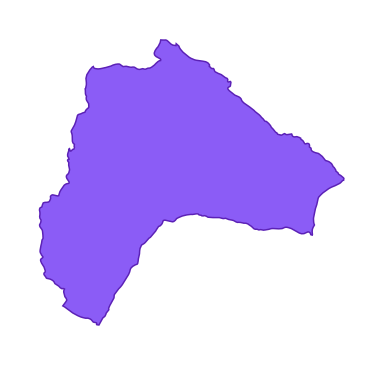 Confines, Santander, Colombia, rotated 189°
{"feature_id": "7082276B80163304219298", "entity_name": "Confines", "entity_type": "district", "adm_level": 2, "iso_a3": "COL", "parent_name": "Colombia", "parent_adm1": "Santander", "projection": "albers", "projection_center": [-73.237, 6.361], "detail": "fine", "context": "isolated", "style": "filled", "palette": "violet", "viewbox_px": 384, "rotation_deg": 189, "n_neighbors": 0, "source": "geoboundaries", "source_scale": "gbopen_adm2", "svg_char_len": 6024}
<svg xmlns="http://www.w3.org/2000/svg" viewBox="0 0 384 384"><g transform="rotate(189 192 192)"><path d="M313.7,277.1L313.4,276.4L312.6,272.3L312.1,271.2L311.4,270.5L311.2,270.0L311.2,268.3L310.9,267.0L310.4,266.0L307.9,263.1L307.2,259.7L307.4,259.1L309.3,256.8L309.9,255.4L310.3,254.0L312.2,253.1L314.1,251.8L315.9,251.0L316.7,250.4L317.1,249.6L317.8,243.2L318.5,239.8L320.8,233.5L320.8,233.0L320.6,232.3L319.8,230.9L319.1,228.9L318.1,223.5L317.5,222.3L316.8,221.4L315.6,220.7L315.6,218.7L315.1,217.9L315.2,216.5L315.5,215.7L316.4,215.5L317.4,214.2L318.0,213.5L318.5,213.4L318.8,213.5L319.6,215.4L319.9,215.7L320.1,215.5L320.4,214.7L320.2,213.3L320.6,211.1L320.7,209.5L320.4,207.9L319.3,206.6L318.7,205.4L318.6,205.0L318.8,204.9L319.5,204.8L319.9,204.0L319.5,203.1L318.3,201.8L318.0,199.2L316.6,195.5L316.4,194.6L316.7,191.6L317.3,190.3L317.9,189.7L318.5,188.6L318.5,187.3L317.8,185.9L315.1,182.9L314.8,182.0L314.9,181.5L315.2,181.2L316.9,180.6L318.1,179.9L319.3,178.7L321.9,173.3L322.6,171.3L323.1,167.5L324.0,167.1L328.9,167.4L329.6,167.3L330.4,166.7L331.1,165.7L331.1,165.2L330.6,163.5L331.1,161.2L331.6,160.2L332.1,159.7L333.8,159.1L335.8,158.7L337.2,158.0L337.7,156.1L338.0,153.7L339.5,152.7L339.9,151.4L339.8,150.2L339.1,148.4L338.7,146.4L338.6,143.8L338.1,142.3L336.9,140.9L336.6,139.9L336.7,138.1L337.4,135.7L337.3,135.2L337.0,134.4L336.4,133.5L334.3,131.4L333.6,130.2L332.5,126.1L332.1,124.0L331.9,123.2L332.0,122.3L332.4,121.7L332.6,120.9L332.6,117.7L332.8,115.5L332.9,111.2L332.8,109.8L332.6,109.0L332.1,108.0L331.5,107.4L331.0,106.5L329.1,104.6L329.1,104.1L329.3,103.7L330.6,102.3L330.9,101.6L330.9,101.0L330.6,100.1L329.5,98.3L326.4,94.7L324.5,91.0L324.7,89.8L325.4,88.9L325.5,88.4L325.3,87.4L325.0,87.0L322.9,84.9L322.6,84.4L321.9,84.0L319.9,83.9L318.7,83.8L317.5,83.5L315.7,82.8L314.4,81.9L313.1,80.1L308.9,78.2L307.1,76.8L305.6,76.2L305.2,76.1L304.4,76.5L303.3,76.5L302.7,76.2L303.0,75.5L303.2,74.0L302.9,72.7L301.1,68.6L300.3,68.0L299.0,66.3L298.8,65.4L299.4,63.9L301.8,59.3L299.7,58.5L290.9,53.9L285.5,52.0L282.4,51.2L280.2,50.9L277.5,50.7L275.1,51.1L273.8,50.9L272.3,50.5L271.3,49.9L269.2,48.1L268.4,48.0L266.1,47.9L265.6,47.5L265.5,46.2L265.2,46.0L263.1,46.1L260.4,53.6L258.6,55.6L258.0,57.4L257.8,58.9L255.7,62.7L256.0,63.3L256.1,64.4L255.4,67.1L252.8,74.3L252.5,75.3L252.7,77.7L252.6,78.6L249.3,84.9L247.8,87.0L246.4,89.5L241.8,100.5L241.1,103.2L240.9,105.4L240.7,106.5L240.3,107.5L238.8,109.4L236.7,111.1L234.8,112.2L234.5,112.8L234.4,115.0L234.5,117.6L234.2,122.6L234.5,125.7L234.5,128.1L233.5,131.8L232.7,132.4L231.2,133.7L230.3,134.8L227.3,139.6L226.0,140.8L221.8,147.7L221.3,149.1L219.7,152.6L219.1,153.1L218.4,153.4L217.7,154.2L216.9,155.4L216.4,156.7L216.1,158.6L215.8,159.4L214.4,160.0L206.6,159.5L205.4,160.0L204.1,161.4L203.0,163.4L201.2,164.7L197.8,166.8L193.5,168.6L189.6,169.7L187.9,169.9L184.3,171.1L182.9,171.3L182.1,171.0L181.5,170.5L179.1,170.4L178.6,170.0L177.2,170.1L176.4,170.5L175.6,170.6L174.0,170.3L172.3,169.6L167.4,170.0L160.9,171.0L157.1,170.6L154.6,171.3L151.6,170.6L148.1,170.5L146.4,170.3L143.7,169.3L142.2,169.1L141.1,169.4L139.0,169.5L135.9,169.3L134.1,169.6L132.1,169.3L130.2,168.4L128.0,167.4L125.1,165.4L123.7,165.1L122.0,165.4L120.0,165.0L118.3,165.6L115.4,165.5L113.7,166.0L110.2,167.2L108.1,168.2L106.4,168.6L100.5,169.2L97.2,170.0L94.9,171.5L93.8,171.9L92.8,172.0L91.1,171.9L88.1,171.4L79.7,168.3L77.3,167.9L74.9,168.4L71.5,170.6L70.6,170.8L69.2,170.4L67.9,168.4L66.5,168.2L66.4,168.8L67.1,171.6L67.3,173.8L66.9,175.9L65.9,178.6L66.5,179.6L67.1,181.2L67.8,184.4L67.9,185.7L67.5,194.9L66.8,199.0L66.4,205.6L66.0,206.9L64.3,209.4L62.7,211.5L57.4,216.8L55.0,218.6L51.7,220.6L47.5,223.6L46.8,224.3L46.2,225.1L45.0,226.9L44.4,227.3L44.1,227.3L44.1,229.2L44.6,229.7L47.7,231.6L49.6,232.3L50.1,232.7L50.9,233.9L53.1,235.1L53.3,235.9L53.8,236.6L55.4,238.4L56.8,239.3L57.1,240.0L58.7,241.9L61.1,243.2L62.4,243.6L65.1,244.0L68.9,247.5L72.2,249.4L73.4,249.9L76.1,250.1L78.4,250.6L79.6,251.1L80.4,251.7L80.9,252.4L81.3,253.9L83.1,254.9L83.2,256.4L83.6,257.4L84.3,258.0L85.2,258.1L86.0,258.0L87.2,257.3L88.0,257.3L88.5,257.6L88.9,258.2L90.5,260.0L91.3,260.5L92.4,260.9L92.8,261.3L93.0,262.1L94.3,262.6L97.1,263.1L99.1,262.5L99.8,262.4L100.7,262.6L101.4,262.9L102.2,263.9L102.3,264.6L102.7,264.9L107.1,263.5L108.3,263.5L109.4,264.1L109.9,264.1L112.6,262.1L113.1,262.0L114.0,262.3L114.3,262.2L116.5,262.5L117.6,263.8L118.1,263.8L119.1,264.4L121.6,266.7L123.6,268.2L124.4,269.1L124.8,269.8L127.0,271.7L129.5,273.3L130.8,273.3L131.6,273.8L133.0,275.2L135.2,276.7L136.1,277.6L137.9,278.9L142.1,281.2L143.7,282.4L148.0,284.8L154.4,287.9L156.0,289.0L157.1,290.0L158.2,291.8L159.2,292.6L160.6,293.3L164.9,294.4L170.9,297.8L172.4,299.0L172.9,300.0L172.8,300.5L172.5,301.1L171.0,302.2L170.7,302.7L170.7,306.3L171.2,307.1L171.6,307.2L172.9,306.4L173.8,306.5L174.2,307.0L174.2,308.5L174.5,309.1L175.1,309.7L177.0,310.2L181.4,312.5L185.3,313.4L186.4,313.9L187.1,314.0L188.0,314.4L188.6,315.0L189.5,316.7L190.1,317.3L191.0,317.2L191.3,317.0L192.3,317.2L193.6,318.3L194.5,318.6L194.6,319.4L194.5,320.0L194.6,320.4L196.3,321.9L197.8,322.5L199.0,322.8L201.7,322.9L208.7,322.8L210.4,323.0L214.0,323.9L216.0,324.7L222.8,328.7L225.6,331.1L226.8,332.4L227.8,334.1L230.8,336.0L230.8,334.1L234.0,334.1L235.9,334.8L239.6,337.3L240.8,337.9L242.0,338.0L243.2,337.7L246.7,337.3L246.8,334.7L247.9,331.2L248.3,330.1L249.4,328.4L250.5,326.0L251.0,323.6L250.9,322.7L250.4,321.6L249.7,320.9L248.5,320.1L244.2,318.6L243.6,317.9L243.6,316.9L244.7,316.6L246.0,315.5L247.7,313.4L249.0,311.5L251.5,308.9L253.1,307.8L254.9,307.4L257.2,306.0L257.8,305.9L260.0,306.1L262.8,304.9L263.7,304.8L265.2,304.9L268.0,306.1L268.9,306.3L270.3,306.1L271.0,305.8L272.6,305.6L276.6,305.9L279.7,305.1L281.4,305.9L282.9,306.7L283.7,307.0L285.3,306.8L287.6,306.1L289.9,305.0L291.8,303.7L296.5,301.5L301.1,299.7L303.3,299.0L304.5,298.8L307.4,298.8L308.5,299.4L309.1,300.5L310.0,299.8L311.9,296.8L314.2,291.4L314.5,287.6L313.4,283.3L313.1,281.2L313.3,277.9L313.7,277.1Z" fill="#8b5cf6" stroke="#5b21b6" stroke-width="1.5"/></g></svg>